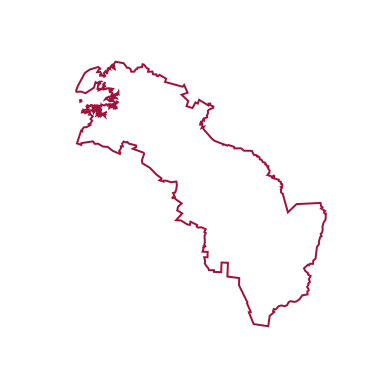 outline of Åtorohanga District, Waikato, New Zealand, rotated 19°
{"feature_id": "76426892B74267582170982", "entity_name": "Åtorohanga District", "entity_type": "district", "adm_level": 2, "iso_a3": "NZL", "parent_name": "New Zealand", "parent_adm1": "Waikato", "projection": "mercator", "projection_center": [175.074, -38.229], "detail": "fine", "context": "isolated", "style": "outline", "palette": "rose", "viewbox_px": 384, "rotation_deg": 19, "n_neighbors": 0, "source": "geoboundaries", "source_scale": "gbopen_adm2", "svg_char_len": 5869}
<svg xmlns="http://www.w3.org/2000/svg" viewBox="0 0 384 384"><g transform="rotate(19 192 192)"><path d="M85.4,92.5L77.3,93.7L76.4,96.5L78.9,100.9L77.2,100.6L76.5,98.2L75.1,97.7L74.4,99.5L75.1,100.2L73.3,101.5L74.5,102.5L72.3,102.8L73.1,104.2L72.7,106.6L73.4,108.1L71.1,105.5L70.0,108.2L72.1,110.7L71.3,111.6L70.1,110.9L67.2,111.9L67.0,111.1L68.0,110.0L66.2,108.4L63.4,109.5L64.0,106.7L65.1,105.3L62.7,104.3L55.7,109.3L53.1,112.6L51.9,114.6L49.6,128.5L49.4,133.6L50.1,134.9L54.4,133.2L59.2,133.2L65.3,125.3L65.1,119.5L66.9,119.9L68.9,117.6L69.7,117.4L68.9,118.3L69.9,119.2L69.5,120.0L68.9,119.2L68.5,120.5L68.7,123.0L69.1,125.3L70.9,124.6L70.8,126.1L72.9,124.3L73.9,121.4L73.0,119.0L74.5,116.3L73.6,118.3L75.3,120.4L74.4,120.5L74.5,122.5L74.2,121.9L73.8,122.0L74.9,123.9L79.3,121.0L83.7,120.2L83.1,122.0L80.9,122.7L81.8,124.3L84.2,124.0L84.7,124.8L84.2,127.3L89.3,123.2L88.9,121.9L89.6,123.0L89.8,121.4L90.7,123.5L89.8,123.3L89.6,124.7L88.1,124.6L88.0,125.6L85.8,127.0L85.3,128.8L85.8,129.6L87.0,127.7L88.8,127.4L89.0,127.6L90.1,127.7L90.2,127.8L89.0,127.7L86.6,129.9L87.1,131.5L85.5,131.6L82.3,129.0L80.1,131.2L79.8,132.6L80.7,131.7L85.0,133.0L88.0,131.5L90.8,132.9L91.2,131.0L92.7,131.3L90.9,134.2L89.9,133.7L88.3,134.8L89.7,135.8L91.1,135.0L91.2,137.4L91.9,136.4L93.1,136.3L93.8,138.0L92.3,136.4L92.3,138.1L90.9,138.4L90.6,136.4L88.5,136.2L88.2,137.1L89.1,137.4L88.4,137.9L87.0,136.9L86.8,139.3L86.5,139.7L85.9,137.5L87.0,136.2L86.0,135.6L83.8,136.7L83.8,137.6L82.1,137.0L81.0,138.7L78.9,138.9L78.4,139.9L77.8,139.3L77.9,140.0L76.6,140.6L77.1,142.4L77.8,142.5L77.0,143.3L79.3,143.9L79.6,147.3L82.6,146.8L85.5,143.8L83.0,147.1L84.8,147.1L84.4,148.0L85.1,149.0L82.1,147.7L81.5,149.1L81.2,147.6L80.6,147.6L80.1,149.1L79.4,148.1L79.2,149.4L78.4,149.5L78.9,149.6L79.4,151.8L77.7,149.5L76.8,150.5L76.9,149.3L75.7,149.6L77.1,148.7L76.0,147.8L76.3,146.8L75.1,146.6L75.8,146.3L75.1,145.4L75.4,144.2L74.6,144.5L75.1,142.9L74.6,140.9L73.0,141.3L72.5,142.1L73.3,141.9L73.3,142.7L72.7,142.5L71.7,143.9L72.6,144.1L71.7,145.0L71.8,146.5L73.8,146.4L73.3,148.8L72.3,147.0L71.6,148.1L70.7,147.7L71.3,147.0L70.5,144.6L71.6,142.9L71.2,142.1L69.9,143.5L69.0,142.4L68.1,142.6L67.7,143.8L66.1,144.1L66.5,145.1L64.7,144.2L64.4,145.6L65.6,146.5L65.5,148.0L64.1,149.5L62.5,149.6L63.4,151.1L61.9,151.3L62.0,152.6L65.0,151.3L65.4,152.0L66.3,150.4L66.5,151.3L67.5,150.8L67.2,148.3L68.1,149.1L67.9,148.1L69.5,147.9L68.7,149.5L69.8,150.5L69.6,152.3L70.7,151.7L73.5,152.8L72.3,156.0L74.4,157.0L73.7,160.0L72.4,161.4L74.1,161.8L71.1,165.1L68.8,166.0L67.9,168.0L68.5,170.3L67.2,170.1L67.4,183.5L72.0,183.5L71.5,181.8L81.8,176.4L84.5,178.1L87.5,176.9L93.1,178.0L97.6,176.8L103.6,178.9L111.5,179.5L111.5,178.1L109.8,177.0L110.6,173.7L109.9,172.0L111.7,171.4L110.2,169.0L111.1,166.5L113.7,166.6L114.4,165.7L116.6,166.8L124.0,166.2L124.5,167.7L122.0,170.4L133.3,170.6L134.3,171.4L134.3,178.5L135.8,181.0L144.2,182.8L152.9,187.2L158.6,189.0L158.9,189.5L157.5,191.5L161.9,191.4L161.8,190.3L164.5,189.6L168.7,189.7L173.8,187.2L175.4,190.2L176.3,194.8L176.2,198.0L174.4,199.1L176.7,201.5L175.0,204.6L177.6,202.7L178.7,204.1L185.9,206.1L183.6,210.5L184.0,214.2L189.7,215.4L186.1,223.9L190.9,222.5L198.1,224.2L200.7,223.8L200.2,220.6L207.6,221.5L207.6,223.2L209.2,223.7L212.4,222.3L217.1,222.7L216.7,225.9L218.4,226.4L218.1,229.3L220.6,235.5L220.7,237.5L222.1,238.9L220.8,239.5L221.6,240.2L220.7,241.1L221.4,242.2L221.4,245.0L226.3,243.5L227.9,248.7L224.8,249.7L227.0,253.4L227.3,255.2L228.9,256.8L232.3,258.8L233.4,260.4L238.3,258.8L238.8,260.4L245.7,258.3L242.9,249.1L249.0,247.2L253.0,260.4L264.7,258.0L266.8,264.9L280.4,278.4L280.2,279.3L286.6,286.3L284.9,287.2L293.3,296.8L307.8,294.1L305.8,283.8L308.8,278.7L307.5,278.3L307.4,276.1L309.3,275.8L311.2,271.7L313.6,270.1L316.6,269.9L318.7,268.2L319.2,264.8L320.5,263.2L324.5,262.6L326.4,261.4L328.6,258.3L329.9,253.8L334.6,251.2L333.4,248.4L334.3,247.1L334.0,246.0L331.8,244.4L332.3,241.4L331.7,240.6L332.8,238.7L330.9,236.5L331.5,232.8L328.4,232.2L328.0,230.9L324.9,229.8L322.7,227.7L325.4,222.9L326.5,223.2L327.0,221.4L329.8,220.5L329.0,217.3L330.5,214.8L328.0,203.2L329.0,200.2L328.1,197.3L327.9,192.6L328.9,191.7L327.3,189.9L328.1,188.1L328.0,185.7L326.6,182.1L326.4,177.7L327.3,174.7L325.6,168.9L324.3,169.2L323.4,168.2L324.1,166.6L319.4,165.5L320.3,163.9L318.5,163.2L317.1,160.5L294.8,169.4L289.3,180.0L278.4,164.2L276.5,163.5L275.1,160.6L275.7,159.0L274.4,158.2L275.5,157.4L274.8,155.2L273.3,155.3L272.7,153.5L270.3,153.3L270.0,152.1L265.1,152.5L264.8,150.2L264.0,149.9L263.5,150.5L264.4,152.1L263.9,152.6L262.9,152.4L262.9,151.4L258.0,151.4L258.5,150.8L258.1,149.6L258.9,148.8L258.5,146.6L256.6,145.1L255.9,143.1L255.3,143.9L254.2,142.5L252.3,142.1L252.4,141.1L251.2,140.4L249.2,140.7L247.1,138.8L245.4,139.1L244.5,137.2L242.3,136.6L242.2,137.4L241.8,138.0L241.9,136.9L240.9,136.3L238.3,136.7L235.3,133.6L227.6,136.0L224.1,134.7L217.9,137.0L217.0,135.6L211.0,135.7L210.5,136.6L206.1,136.6L206.1,138.0L205.7,136.6L196.9,136.3L193.8,135.3L182.7,129.0L181.7,127.8L181.9,126.7L180.3,128.2L180.5,126.5L179.6,124.9L178.7,125.3L179.3,123.8L178.6,123.3L177.6,124.2L177.6,122.6L178.9,121.9L178.9,119.9L180.0,120.3L179.5,118.3L182.1,116.5L181.2,114.8L181.5,112.4L180.6,110.2L181.3,108.4L184.5,105.7L184.4,104.2L180.9,103.9L180.5,102.5L178.9,103.1L179.1,104.8L168.7,102.5L168.7,106.5L166.1,106.2L165.1,112.5L158.9,112.6L158.9,107.2L150.5,103.4L155.5,99.6L149.7,93.3L148.9,95.5L130.7,96.7L130.7,93.3L123.1,91.8L122.2,93.6L120.6,93.6L120.1,92.4L116.8,93.4L115.4,91.0L111.3,92.6L111.0,89.8L108.8,89.5L105.1,87.2L103.7,87.3L104.0,90.3L100.0,92.1L100.1,93.4L98.9,94.4L98.2,97.0L95.3,98.0L93.9,95.8L91.5,95.1L90.3,95.7L85.4,92.5ZM76.1,142.2L75.5,143.3L76.4,144.5L75.9,145.7L76.8,146.5L76.6,148.1L78.8,147.8L78.7,145.4L78.1,144.8L77.2,145.4L76.1,142.2ZM57.4,141.2L56.3,141.6L57.0,143.1L57.9,142.1L57.4,141.2Z" fill="none" stroke="#9f1239" stroke-width="2"/></g></svg>